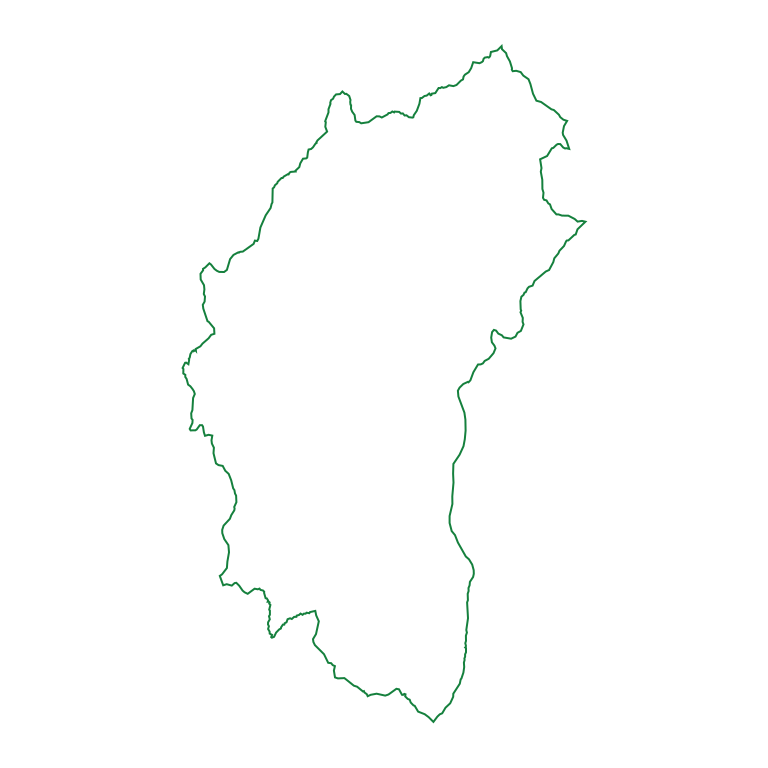 outline of Huye, Southern, Rwanda
{"feature_id": "39286606B50862047870193", "entity_name": "Huye", "entity_type": "district", "adm_level": 2, "iso_a3": "RWA", "parent_name": "Rwanda", "parent_adm1": "Southern", "projection": "equal_earth", "projection_center": [29.71, -2.532], "detail": "fine", "context": "isolated", "style": "outline", "palette": "green", "viewbox_px": 768, "rotation_deg": 0, "n_neighbors": 0, "source": "geoboundaries", "source_scale": "gbopen_adm2", "svg_char_len": 6070}
<svg xmlns="http://www.w3.org/2000/svg" viewBox="0 0 768 768"><path d="M311.1,149.0L308.6,149.5L307.9,152.2L307.2,157.6L306.2,158.4L303.0,158.7L300.3,163.3L299.3,167.1L295.5,170.7L295.7,171.5L290.9,171.9L289.7,172.5L288.6,174.4L288.0,174.1L283.7,176.6L282.7,178.0L281.5,178.0L277.7,181.8L277.2,183.3L274.9,185.3L274.1,187.3L272.7,188.5L272.4,202.5L271.6,203.9L270.6,208.0L265.7,215.3L260.4,227.5L258.4,238.8L257.2,241.0L254.9,240.6L253.6,243.9L242.8,251.6L240.2,251.8L238.3,253.0L238.7,252.3L238.2,252.4L233.5,254.9L230.1,259.1L226.9,269.9L224.1,272.0L219.2,271.9L216.9,270.8L214.5,269.0L211.0,264.5L209.4,263.3L205.3,267.4L203.0,268.9L203.1,270.3L200.5,273.8L200.7,279.5L204.0,285.2L204.4,289.4L203.8,294.0L205.0,296.5L204.6,301.6L202.8,304.8L203.3,308.6L207.5,321.2L208.7,321.8L214.1,328.3L214.4,333.8L211.2,334.8L208.6,338.3L202.5,343.6L200.4,346.3L195.7,349.0L195.9,350.8L195.3,350.1L193.9,351.1L193.6,350.4L192.3,351.1L190.4,354.1L189.7,357.7L188.8,358.9L189.2,359.7L188.4,364.2L186.1,362.6L185.1,362.8L182.6,368.0L183.4,369.0L183.3,373.5L185.3,374.8L185.3,377.0L186.6,378.9L188.1,384.6L190.4,386.3L192.5,389.0L193.9,391.2L194.8,394.0L193.1,398.0L192.4,410.1L191.2,413.3L191.5,418.5L192.6,419.9L192.4,423.0L189.7,428.9L190.6,430.4L195.4,430.3L196.7,429.5L199.8,425.2L202.1,425.2L203.0,426.6L203.9,432.4L205.0,435.8L208.6,434.8L212.3,435.6L211.5,440.3L211.9,443.6L213.9,447.7L213.5,453.2L216.0,463.4L218.5,465.1L222.7,465.9L225.3,470.8L228.7,473.9L231.2,480.3L233.2,488.4L234.4,490.1L235.0,493.5L236.1,495.6L236.4,502.2L234.2,507.0L234.6,508.5L234.3,510.3L231.3,515.1L229.9,518.8L223.6,525.6L222.2,529.9L222.3,533.2L224.3,539.1L228.4,545.1L229.0,552.3L227.4,561.5L226.9,568.0L222.0,574.4L219.8,575.9L223.2,585.3L226.7,584.2L231.8,585.6L234.6,583.1L236.3,582.8L239.2,585.7L242.6,590.6L244.6,592.3L247.7,593.8L254.6,588.7L257.8,589.3L259.5,588.6L260.5,589.9L263.0,590.5L264.2,591.7L264.1,592.9L265.6,598.2L266.8,598.4L268.1,600.5L267.7,601.7L268.6,601.6L269.6,602.4L269.2,603.6L270.4,604.9L269.2,609.7L269.9,610.6L269.9,614.8L269.0,616.2L269.8,619.3L268.1,622.3L268.0,624.4L268.9,626.2L268.1,629.0L269.6,631.6L269.7,633.6L272.1,634.9L271.2,637.1L271.9,637.7L274.1,636.8L276.1,632.6L279.2,629.4L280.9,628.5L281.1,627.3L282.9,624.6L284.3,624.6L284.7,623.2L286.5,622.3L287.6,619.2L290.1,618.3L291.8,619.0L294.1,616.9L296.4,616.8L296.7,615.6L299.0,615.0L300.5,613.6L302.6,614.8L303.8,613.7L305.6,613.7L306.5,612.7L309.3,613.2L310.0,612.1L315.3,610.9L316.2,615.4L318.8,621.3L316.0,634.1L313.0,639.1L313.4,642.0L314.9,645.1L324.0,654.2L328.2,662.8L331.2,663.2L332.7,665.1L334.9,666.1L333.9,670.6L335.0,677.4L337.9,678.4L344.4,678.1L353.9,685.7L357.1,686.7L363.0,691.5L363.9,691.1L364.5,692.5L366.8,694.2L367.7,696.2L370.7,694.8L376.6,693.7L385.2,695.6L388.5,694.5L396.4,688.8L399.0,689.3L402.0,694.8L403.0,694.9L404.3,693.9L405.5,694.3L405.2,696.4L407.7,698.9L409.7,699.7L410.7,702.5L413.5,705.4L414.7,705.8L418.1,711.6L424.7,714.2L428.6,717.1L433.4,721.9L437.4,716.6L439.8,714.3L442.2,713.3L445.5,707.7L450.2,703.3L453.2,696.8L453.3,693.7L459.8,683.7L460.7,679.3L461.4,678.6L463.4,672.6L464.2,667.0L463.9,662.6L464.6,660.0L464.4,658.5L465.1,656.7L465.1,654.3L466.0,652.3L466.0,648.2L465.2,647.5L465.8,646.9L465.9,645.6L465.3,643.2L466.0,640.9L465.9,635.7L466.9,632.6L466.3,630.0L468.0,618.2L467.1,602.4L467.9,600.2L467.7,593.8L468.6,591.0L468.5,588.0L469.6,585.3L469.9,581.9L473.1,577.0L473.8,573.8L473.7,570.2L472.2,564.6L469.0,559.3L465.8,556.5L457.9,542.5L455.0,535.1L451.7,531.1L449.6,523.0L449.6,516.0L452.4,504.0L452.3,496.3L453.5,482.6L453.1,473.7L453.4,463.9L459.6,454.7L463.5,446.2L464.8,439.2L465.6,430.6L465.4,419.6L464.4,412.6L458.4,396.5L457.9,390.7L459.6,387.6L463.3,384.0L467.8,381.9L468.5,382.3L470.4,380.3L473.4,372.2L478.0,364.5L480.7,364.4L482.9,363.4L484.7,360.9L488.7,358.8L493.5,353.2L495.5,348.4L494.4,345.6L491.9,342.3L491.2,337.6L492.1,332.1L493.9,329.9L496.1,330.6L498.3,333.6L501.9,335.3L503.6,337.4L511.1,338.7L515.5,336.6L517.5,332.8L520.9,330.9L523.5,324.4L522.6,321.9L522.8,317.9L520.5,312.3L521.2,310.6L520.7,309.4L520.4,301.1L521.4,296.7L523.5,294.9L524.5,292.6L525.7,292.2L527.5,288.4L529.0,286.8L532.6,285.6L534.5,281.0L545.8,271.5L549.1,270.0L553.3,262.1L554.3,258.3L558.3,253.5L559.5,250.7L564.0,246.0L566.1,241.3L566.8,240.5L568.4,240.4L574.3,234.9L575.7,234.5L577.5,229.3L585.4,221.7L582.0,220.9L577.6,221.6L574.7,219.0L568.4,215.7L562.0,215.6L558.5,214.4L556.4,214.4L551.6,209.0L550.0,204.4L548.3,203.4L546.5,200.4L544.1,199.8L543.0,197.8L543.5,192.7L542.4,189.0L542.3,179.8L540.8,171.7L541.5,168.1L540.1,159.3L547.1,156.0L551.8,148.3L553.3,147.9L556.6,144.7L558.0,144.0L560.3,144.1L563.2,147.5L565.1,148.5L566.2,148.2L569.2,148.9L566.5,140.6L563.1,135.0L562.7,132.7L564.0,126.1L567.1,120.9L563.4,119.7L560.3,117.2L558.9,114.7L553.8,110.0L551.4,109.3L541.1,102.0L536.4,100.7L533.0,93.7L530.4,84.0L528.5,79.2L523.3,75.6L520.7,72.1L516.2,70.8L512.7,71.2L511.8,69.6L512.0,68.2L509.9,61.4L507.0,56.2L506.1,53.1L502.0,49.2L501.6,46.1L497.3,50.4L490.9,52.0L490.2,55.9L489.6,56.9L488.8,57.6L487.7,57.1L484.8,57.6L483.6,58.8L482.9,61.2L481.7,62.2L479.5,63.2L473.2,62.2L471.2,68.1L468.7,72.2L464.9,74.7L463.6,76.5L463.0,79.4L460.9,80.6L456.5,85.0L453.4,86.1L449.0,85.3L446.3,87.1L443.2,87.8L441.9,87.1L440.2,88.1L438.6,88.0L435.3,93.1L431.7,93.7L431.4,95.0L430.6,95.3L429.2,93.5L426.7,95.6L424.5,96.0L421.9,98.0L420.4,98.1L419.4,103.8L416.8,110.8L413.8,115.2L413.3,117.3L412.5,117.6L408.9,117.2L406.5,115.3L404.6,115.5L402.8,113.4L401.0,113.6L399.2,111.9L394.6,111.6L394.1,112.4L392.3,111.5L390.5,112.9L388.5,113.1L387.6,114.4L381.8,117.5L379.5,116.4L376.6,116.3L368.5,122.2L361.2,123.3L359.3,122.1L356.3,121.8L355.4,120.6L354.6,115.0L352.2,111.7L351.0,108.8L351.1,105.2L350.5,104.7L350.2,101.9L350.5,100.0L349.2,96.0L346.3,93.8L345.0,94.0L342.4,91.5L340.0,94.1L336.1,94.4L334.0,96.6L333.1,98.7L331.0,100.2L330.2,103.0L330.5,103.8L328.5,109.2L328.5,112.4L325.4,120.6L325.2,121.5L325.8,122.1L325.3,126.8L327.1,131.6L317.5,140.4L316.3,142.4L316.6,142.9L315.3,143.9L313.0,147.3L311.1,149.0Z" fill="none" stroke="#15803d" stroke-width="2"/></svg>